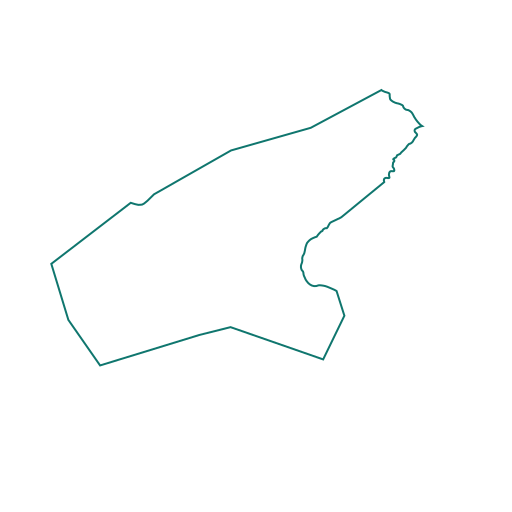 the district of San Agustin, Copán, Honduras, rotated 252°
{"feature_id": "27666195B62722570051096", "entity_name": "San Agustin", "entity_type": "district", "adm_level": 2, "iso_a3": "HND", "parent_name": "Honduras", "parent_adm1": "Copán", "projection": "robinson", "projection_center": [-88.925, 14.809], "detail": "fine", "context": "isolated", "style": "outline", "palette": "teal", "viewbox_px": 512, "rotation_deg": 252, "n_neighbors": 0, "source": "geoboundaries", "source_scale": "gbopen_adm2", "svg_char_len": 5802}
<svg xmlns="http://www.w3.org/2000/svg" viewBox="0 0 512 512"><g transform="rotate(252 256 256)"><path d="M253.2,57.8L200.1,73.9L198.4,177.8L196.2,209.8L136.9,287.9L171.9,321.6L197.8,321.8L198.9,320.8L200.0,319.7L200.7,318.9L202.3,317.1L203.5,315.7L204.7,314.3L205.3,313.5L205.9,312.7L206.2,312.2L206.5,311.7L206.8,311.2L207.3,310.2L207.8,309.2L208.3,308.0L208.4,307.8L208.5,307.4L208.7,306.8L208.7,306.6L208.8,306.2L208.8,305.6L208.8,304.8L208.8,304.5L208.8,304.1L208.9,303.7L209.0,303.3L209.1,303.0L209.2,302.7L209.3,302.3L209.4,302.0L209.6,301.6L209.8,301.3L210.0,301.0L210.2,300.7L210.4,300.4L210.6,300.1L210.9,299.7L211.2,299.5L211.5,299.2L212.0,298.7L212.6,298.3L213.0,298.0L213.4,297.8L214.0,297.4L214.7,297.1L215.2,296.9L216.3,296.5L216.8,296.3L217.3,296.2L217.9,296.0L218.4,295.9L219.6,295.8L220.5,295.7L222.2,295.5L222.8,295.5L223.5,295.5L224.0,295.6L224.6,295.7L225.2,295.8L225.5,295.9L226.0,295.9L226.3,295.9L226.7,295.9L227.0,295.8L227.3,295.7L227.6,295.5L227.9,295.4L228.3,295.2L228.6,295.2L228.9,295.1L229.5,295.1L230.2,295.1L230.9,295.2L231.6,295.3L232.0,295.5L232.3,295.6L232.7,295.7L233.1,295.9L233.5,296.2L233.9,296.4L234.4,296.8L235.0,297.3L235.5,297.7L236.0,298.0L236.6,298.3L237.2,298.6L237.7,298.8L238.3,299.0L239.1,299.1L239.6,299.3L239.9,299.4L240.2,299.6L240.7,299.9L241.2,300.2L241.6,300.5L241.9,300.9L242.5,301.6L242.9,302.0L243.3,302.4L243.6,302.6L243.9,302.9L244.6,303.3L245.1,303.6L245.9,304.1L246.5,304.4L248.9,305.7L251.4,307.5L252.7,308.7L253.5,310.0L254.0,310.9L254.4,311.7L254.7,312.5L254.9,313.1L255.0,313.4L255.1,313.7L255.3,315.0L255.5,316.4L255.5,317.0L255.6,317.6L255.6,318.5L255.6,319.7L257.0,321.6L257.9,323.1L258.9,325.0L259.1,325.3L259.2,325.7L259.2,326.1L259.2,326.4L259.3,326.6L259.4,326.9L259.5,327.1L259.8,327.3L260.0,327.4L260.1,327.6L260.3,327.8L260.4,328.0L260.5,328.2L260.7,328.6L260.8,329.1L260.9,329.7L261.0,330.1L261.0,330.5L260.9,330.9L260.8,331.2L260.7,331.5L260.6,331.9L260.7,332.0L260.8,332.3L261.0,332.6L261.2,333.0L261.5,333.3L262.1,333.9L263.2,335.0L263.5,335.4L264.0,335.9L264.3,336.3L264.5,336.6L264.6,336.8L264.7,337.1L264.8,337.4L264.9,337.9L265.0,338.4L265.8,344.5L265.9,345.1L266.0,346.0L266.0,346.5L266.1,347.0L266.5,349.1L286.7,400.8L288.3,401.0L288.6,401.0L288.9,401.2L289.1,401.3L289.3,401.4L289.6,401.6L289.8,401.9L289.9,402.0L290.0,402.2L290.0,402.3L290.1,402.6L290.1,402.8L290.2,403.0L290.2,403.4L290.1,403.9L290.0,404.2L289.9,404.5L289.7,404.9L289.4,405.4L289.4,405.6L289.3,405.8L289.2,406.1L289.1,406.4L289.1,406.8L289.2,407.0L289.3,407.1L289.5,407.1L289.8,407.2L290.5,407.3L291.3,407.4L291.7,407.4L292.0,407.5L292.4,407.6L293.0,407.9L293.5,408.2L293.7,408.3L293.9,408.4L294.2,408.6L294.4,408.9L294.6,409.1L294.8,409.4L294.9,409.7L294.9,409.8L294.9,410.1L295.0,410.5L294.9,410.8L294.8,411.2L294.7,411.4L294.5,411.9L294.4,412.1L294.3,412.5L294.2,412.9L294.1,413.2L294.2,413.4L294.2,413.6L294.3,413.7L294.4,413.8L294.7,414.0L294.9,414.0L295.1,414.1L295.5,414.1L296.1,414.2L296.5,414.2L296.9,414.1L297.3,414.0L297.7,413.8L298.0,413.7L298.3,413.6L298.5,413.6L298.9,413.6L299.1,413.7L299.3,413.7L299.5,413.8L300.2,414.2L300.6,414.4L301.0,414.6L301.9,415.0L302.2,415.1L302.3,415.2L302.5,415.4L302.7,415.6L302.9,415.9L303.0,416.3L303.2,416.5L303.3,416.6L303.6,416.9L304.0,417.0L304.4,417.1L304.7,417.0L304.9,417.0L305.0,416.9L305.2,416.7L305.3,416.5L305.4,416.4L305.5,416.4L305.7,416.5L305.8,416.6L305.9,416.8L306.1,417.2L306.2,417.7L306.3,418.1L306.4,418.7L306.4,418.9L306.4,419.4L306.5,419.6L306.6,419.8L307.1,420.4L307.6,420.8L307.8,421.0L308.1,421.2L308.1,421.3L308.2,421.6L308.4,423.0L308.6,424.6L308.7,424.8L308.8,425.0L309.2,425.5L309.4,425.8L309.6,426.1L311.1,429.4L311.9,430.9L312.3,431.7L312.6,432.2L313.5,433.2L314.0,433.9L314.4,434.6L314.6,434.9L314.9,435.4L315.1,435.8L315.2,436.1L315.3,436.4L315.3,436.6L315.2,437.0L315.2,437.5L315.4,438.3L315.6,439.0L316.0,439.8L316.1,440.0L316.3,440.2L316.5,440.6L317.2,441.3L318.0,442.2L318.9,443.3L319.1,443.5L319.3,443.8L319.4,444.0L319.7,444.6L319.9,445.0L320.2,445.4L320.5,445.8L320.6,446.0L320.9,446.3L321.2,446.5L321.4,446.6L321.6,446.7L321.8,446.7L322.1,446.7L322.5,446.6L323.0,446.4L323.5,446.2L323.9,446.0L324.4,445.8L324.7,445.6L324.9,445.5L325.2,445.5L325.5,445.5L325.9,445.5L326.3,445.6L326.5,445.7L326.7,445.8L327.0,446.0L327.3,446.3L327.4,446.5L327.5,446.7L327.6,447.0L327.7,447.4L327.8,447.8L327.9,448.6L328.2,450.5L328.3,451.2L328.3,452.0L328.3,453.3L328.2,454.2L328.7,453.8L329.5,453.2L330.3,452.7L330.8,452.5L331.6,452.1L332.3,451.8L333.9,451.1L335.6,450.5L336.4,450.2L338.1,449.8L339.0,449.5L339.6,449.4L340.3,449.3L342.0,449.0L342.5,448.9L343.4,448.7L344.0,448.5L344.4,448.4L344.9,448.1L345.3,447.9L345.8,447.6L346.3,447.2L347.0,446.6L347.3,446.3L347.5,446.1L347.7,445.9L347.9,445.6L348.0,445.3L348.4,444.6L348.5,444.4L348.7,444.1L348.9,443.8L349.1,443.6L349.3,443.5L349.6,443.2L350.0,443.0L350.4,442.7L351.0,442.5L351.4,442.3L351.8,442.2L352.1,442.2L352.3,442.2L352.8,442.2L353.1,442.2L353.3,442.2L353.5,442.1L353.8,442.0L354.0,441.9L354.3,441.7L354.6,441.4L355.0,441.0L355.6,440.3L356.0,439.9L356.4,439.4L356.7,438.9L357.1,438.4L357.4,437.8L357.8,437.1L358.2,436.6L358.5,436.1L358.9,435.6L359.6,434.9L360.2,434.2L361.0,433.6L361.6,433.1L361.9,432.9L362.3,432.7L362.7,432.4L363.1,432.3L363.2,432.2L363.5,432.1L363.8,432.1L364.0,432.1L364.4,432.1L364.9,432.2L365.4,432.3L366.7,432.5L367.1,432.7L367.4,432.7L368.2,433.0L368.5,433.1L368.8,433.1L369.0,433.1L369.5,432.9L369.7,432.7L370.1,432.4L370.3,432.1L370.7,431.6L371.0,431.2L371.8,430.0L372.2,429.4L373.0,428.5L373.9,427.5L374.1,427.3L374.4,427.0L374.7,426.8L375.1,426.6L361.0,347.7L364.1,264.9L346.2,178.1L344.2,174.1L342.1,169.9L341.1,167.4L340.4,165.5L340.1,163.5L340.4,162.1L341.0,159.9L341.7,158.7L342.7,157.0L345.3,153.3L311.8,58.9L253.2,57.8Z" fill="none" stroke="#0f766e" stroke-width="2"/></g></svg>